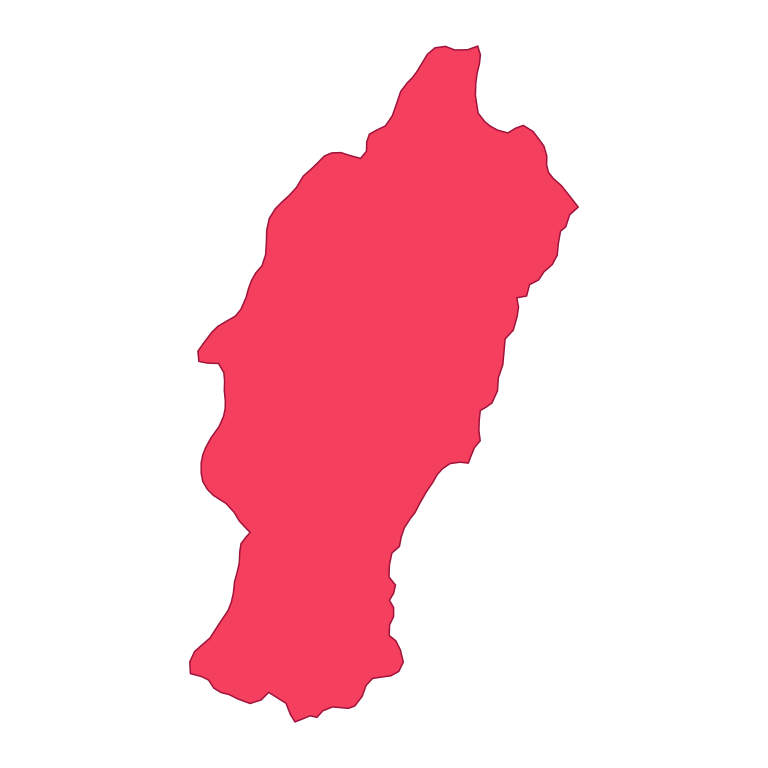 Mamonas, Minas Gerais, Brazil (Equal Earth projection)
{"feature_id": "56859067B5386704996076", "entity_name": "Mamonas", "entity_type": "district", "adm_level": 2, "iso_a3": "BRA", "parent_name": "Brazil", "parent_adm1": "Minas Gerais", "projection": "equal_earth", "projection_center": [-42.956, -15.015], "detail": "fine", "context": "isolated", "style": "filled", "palette": "rose", "viewbox_px": 768, "rotation_deg": 0, "n_neighbors": 0, "source": "geoboundaries", "source_scale": "gbopen_adm2", "svg_char_len": 2372}
<svg xmlns="http://www.w3.org/2000/svg" viewBox="0 0 768 768"><path d="M303.2,176.2L296.6,187.3L289.5,195.1L282.4,201.6L275.4,208.6L269.3,218.4L266.7,230.2L266.4,242.5L265.6,254.8L262.0,265.7L255.8,272.9L251.4,280.7L248.4,289.0L246.0,297.7L240.9,309.3L235.4,316.1L226.6,321.1L217.8,326.4L211.6,332.5L204.0,342.6L197.9,351.2L198.9,361.4L207.4,363.1L218.5,363.5L223.9,372.7L224.6,381.1L224.3,390.6L225.3,400.4L225.2,408.4L223.6,416.3L219.0,426.7L211.0,437.8L205.6,447.7L202.8,454.9L201.2,462.7L201.2,473.2L202.8,481.5L207.4,489.4L213.5,495.5L219.1,499.1L226.0,503.4L234.1,512.3L239.3,521.0L244.5,526.6L250.1,532.5L245.5,537.7L241.0,543.7L239.7,552.4L239.3,563.0L237.3,571.7L234.5,582.0L233.4,592.9L231.4,602.0L228.1,610.5L218.7,624.4L210.0,638.0L202.5,644.5L194.6,651.5L189.8,661.8L190.4,673.6L201.7,676.6L208.6,680.1L213.8,688.1L221.0,692.5L229.2,694.6L237.9,699.0L250.1,703.5L261.2,699.9L268.7,692.4L276.2,697.1L286.0,703.3L290.5,714.7L295.0,721.9L301.2,719.5L310.1,715.8L317.0,717.3L322.8,710.8L332.6,706.9L341.0,707.7L348.5,708.3L354.8,706.0L362.2,696.3L366.1,685.4L372.6,678.4L382.1,677.0L390.9,675.8L398.8,671.4L403.3,662.1L400.4,650.0L395.8,640.8L389.2,635.5L389.6,624.9L393.6,616.5L393.6,607.5L389.4,600.3L393.6,593.3L395.5,585.1L389.0,577.0L389.4,564.9L391.9,553.0L399.4,546.5L401.3,536.7L404.4,527.7L410.5,518.3L415.0,512.6L419.9,503.1L426.5,491.6L432.6,482.7L437.3,474.5L442.5,468.7L450.0,463.6L460.0,462.2L468.3,463.1L471.1,455.7L474.4,447.7L480.2,440.7L478.9,430.6L479.2,420.5L480.3,410.5L486.4,407.0L492.0,402.9L497.5,390.8L498.3,378.0L502.8,364.8L504.1,350.5L505.1,339.0L513.3,330.1L517.1,316.6L518.5,307.1L516.8,297.8L526.6,296.0L529.5,284.7L538.7,279.9L543.9,271.9L552.3,264.5L557.2,255.3L558.3,243.8L560.5,231.2L565.8,226.7L569.6,214.9L578.2,207.1L569.6,196.0L561.6,185.9L553.3,178.5L548.5,172.4L546.6,164.9L546.8,156.0L543.9,146.1L539.7,140.3L533.1,131.5L523.3,125.4L515.8,128.1L507.9,132.9L497.7,130.2L490.4,126.2L484.9,121.8L478.1,113.1L475.4,95.5L475.8,83.2L477.1,73.3L479.4,64.0L480.4,54.8L477.7,46.1L467.5,49.8L454.8,50.0L445.4,46.4L435.0,47.8L427.4,54.3L422.3,62.7L417.3,71.0L412.8,77.2L407.3,82.8L400.7,91.5L396.5,103.9L392.3,115.8L385.4,125.9L376.5,130.2L369.4,134.1L366.7,142.0L366.5,151.2L360.6,158.4L349.2,155.3L341.0,152.6L331.8,152.9L324.4,156.0L317.8,162.7L312.0,168.3L303.2,176.2Z" fill="#f43f5e" stroke="#9f1239" stroke-width="1.5"/></svg>